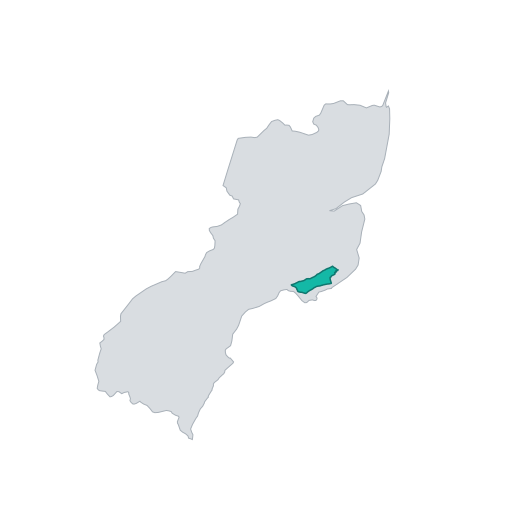 VI-5 Left Bank Upper Canj, East Berbice-Corentyne, Guyana shown in context, rotated 51°
{"feature_id": "73187651B6333666971836", "entity_name": "VI-5 Left Bank Upper Canj", "entity_type": "district", "adm_level": 2, "iso_a3": "GUY", "parent_name": "Guyana", "parent_adm1": "East Berbice-Corentyne", "projection": "equal_earth", "projection_center": [-57.57, 5.44], "detail": "fine", "context": "in_parent", "style": "filled", "palette": "teal", "viewbox_px": 512, "rotation_deg": 51, "n_neighbors": 0, "source": "geoboundaries", "source_scale": "gbopen_adm2", "svg_char_len": 6101}
<svg xmlns="http://www.w3.org/2000/svg" viewBox="0 0 512 512"><g transform="rotate(51 256 256)"><path d="M180.5,237.3L171.6,224.1L162.7,210.7L154.0,197.6L153.4,195.8L157.1,189.6L160.4,185.1L163.1,182.6L164.4,180.3L163.5,170.7L163.5,167.3L162.3,163.5L161.3,159.3L162.5,155.8L163.8,153.3L165.5,152.4L169.6,151.5L172.5,151.2L173.5,149.8L175.2,148.1L177.4,148.1L181.6,149.2L183.6,147.1L187.2,144.2L195.1,139.2L196.9,136.0L198.2,131.0L198.1,128.6L197.3,127.7L195.3,126.9L192.3,126.8L189.8,128.1L187.3,127.4L185.2,124.3L185.1,121.7L186.4,118.1L185.7,115.7L181.7,108.1L181.7,106.1L184.6,102.6L186.3,99.7L188.5,92.8L190.3,90.5L195.9,89.7L197.3,88.2L200.1,84.5L204.3,80.3L210.4,77.0L212.2,70.9L213.2,69.2L218.1,66.0L218.9,64.3L218.8,62.8L211.1,49.2L212.6,50.1L218.6,59.0L221.9,60.9L222.6,61.0L222.7,58.7L225.7,59.6L233.6,65.7L245.1,75.8L261.3,94.8L265.9,102.1L269.0,105.5L273.8,113.8L275.2,117.9L275.0,134.0L270.8,145.0L269.7,153.2L269.5,164.1L267.0,170.4L270.3,167.0L271.3,157.1L274.1,151.1L277.8,144.5L282.6,142.9L287.9,145.8L292.1,146.2L295.8,148.2L303.7,158.7L311.5,167.1L314.3,173.7L322.5,177.1L327.3,182.4L328.9,186.9L329.9,198.9L328.3,216.9L328.7,217.8L326.5,221.4L326.1,223.6L324.7,227.6L323.6,229.8L325.2,234.8L327.0,235.0L327.7,235.6L328.2,236.6L328.1,237.7L327.4,238.6L325.6,239.8L323.9,242.7L324.1,245.9L323.0,247.5L319.6,248.4L313.0,248.4L309.7,248.6L307.1,249.2L305.4,251.2L303.3,252.7L301.5,253.0L300.0,255.4L298.5,258.8L299.0,261.1L300.6,264.2L301.5,267.4L300.3,272.5L299.0,276.5L298.2,279.5L297.2,285.3L294.6,291.7L292.8,295.3L292.8,299.3L293.7,304.9L298.9,313.1L300.6,317.0L302.1,323.3L306.8,328.2L309.7,332.2L309.4,337.5L309.8,339.1L311.7,340.5L313.9,341.5L316.4,341.4L318.6,341.0L319.1,340.2L324.2,340.1L324.8,341.4L325.1,349.0L325.3,352.1L326.5,353.4L327.2,355.2L327.2,356.9L327.5,361.2L328.2,363.4L328.1,368.0L328.6,369.6L330.1,370.8L331.8,374.0L332.5,374.4L332.8,375.6L334.4,380.2L335.1,381.6L335.7,381.8L335.9,383.4L337.0,387.8L337.8,388.8L339.2,392.0L339.8,395.5L341.7,399.4L343.6,402.1L344.4,405.0L346.9,411.3L349.3,415.7L352.5,416.9L355.2,417.5L356.9,419.2L358.6,421.0L356.8,421.9L355.2,423.0L353.0,422.1L349.9,422.6L346.7,423.9L343.7,424.5L338.2,422.5L336.5,422.2L335.3,421.4L333.0,417.4L331.9,417.0L329.0,418.8L325.4,420.1L323.6,419.8L321.6,421.1L319.6,422.9L316.0,430.5L314.1,433.2L312.0,434.5L307.9,434.4L303.6,434.7L300.3,436.5L297.3,437.5L295.8,437.6L295.2,441.8L294.5,443.7L293.6,444.8L291.2,445.2L289.1,445.0L287.8,443.3L285.4,442.4L283.3,441.8L281.9,440.8L280.8,441.0L279.9,442.8L279.1,444.3L278.5,447.0L275.2,447.9L273.8,449.4L274.6,454.6L274.3,456.6L273.6,458.1L269.7,458.4L266.4,458.3L264.5,460.2L262.1,462.4L260.6,462.8L258.9,462.7L256.7,460.1L254.5,457.0L249.0,454.8L243.5,453.0L239.9,448.0L239.0,445.5L237.4,444.4L233.1,438.5L230.7,434.7L228.2,433.7L225.3,432.1L225.4,429.3L225.2,426.7L223.9,425.6L222.2,424.9L221.5,423.4L221.7,419.9L222.0,410.9L221.6,402.3L217.6,399.3L215.9,397.3L213.0,384.6L211.6,378.9L211.5,374.6L212.5,361.9L213.6,356.4L216.7,345.4L218.4,341.7L218.5,338.9L218.3,335.3L217.5,328.3L222.6,323.8L224.8,321.9L225.2,318.9L227.9,315.2L229.1,311.6L230.2,308.8L229.9,307.3L228.7,306.4L227.3,303.7L224.3,296.0L223.2,294.4L222.3,292.2L222.8,288.8L224.0,285.1L223.8,283.5L222.1,281.5L218.4,278.2L215.4,277.9L213.0,276.7L209.5,276.6L206.8,276.2L205.2,275.0L205.5,272.9L206.2,271.3L208.6,267.5L210.1,263.3L210.3,259.2L210.8,253.9L211.5,249.3L211.9,244.0L208.2,240.6L207.0,237.7L205.5,235.2L203.9,235.2L201.4,234.2L197.5,237.5L194.4,236.8L192.3,238.1L187.4,237.8L184.3,236.2L180.5,237.3Z" fill="#d9dde1" stroke="#a8b0b8" stroke-width="1"/><path d="M324.6,214.8L324.4,214.5L324.0,214.4L323.7,214.2L323.3,214.1L322.9,213.9L322.6,213.8L322.2,213.6L321.8,213.5L321.4,213.3L321.0,213.1L320.6,212.9L320.1,212.6L319.7,212.2L319.3,211.9L319.4,211.4L319.4,210.7L319.1,210.3L319.0,209.8L319.0,209.3L319.2,208.9L319.4,208.4L319.3,207.9L319.5,207.3L319.7,206.8L319.7,206.3L319.5,205.7L319.1,205.5L318.7,205.5L318.3,205.2L318.5,204.6L318.8,204.2L318.8,203.6L318.3,203.7L317.9,203.5L318.0,203.0L318.2,202.5L318.4,202.0L318.7,201.5L318.4,201.1L318.1,201.5L317.1,201.6L316.4,201.8L315.9,201.9L315.5,202.0L315.1,202.1L314.7,202.3L314.3,202.4L313.9,202.7L313.5,202.7L313.0,202.8L312.6,202.9L312.2,202.9L312.0,203.5L311.9,204.4L311.7,205.2L311.6,205.8L311.4,206.6L311.2,207.3L310.9,207.9L310.8,208.4L310.6,208.9L310.4,209.6L310.3,210.3L310.3,210.9L310.1,211.6L310.0,212.0L309.9,212.6L309.7,213.0L309.6,213.6L309.6,214.2L309.6,214.8L309.5,215.5L309.5,216.1L309.4,216.8L309.4,217.6L309.3,218.3L309.1,218.8L308.9,219.4L308.7,220.1L308.8,220.5L308.9,221.1L308.9,221.7L308.9,222.1L308.9,222.7L308.8,223.3L308.7,223.9L308.6,224.5L308.4,225.1L308.2,225.8L308.1,226.4L307.9,227.3L307.7,228.1L307.5,228.6L307.2,228.9L306.9,229.2L306.6,229.6L306.3,229.9L306.0,230.4L305.7,230.8L305.5,231.4L305.5,231.9L305.4,232.7L305.3,233.8L305.2,234.3L304.9,235.0L304.6,235.7L304.3,236.3L304.0,237.0L303.7,237.6L303.3,238.1L303.0,238.5L302.8,239.2L302.7,239.7L302.6,240.4L302.4,241.3L302.2,242.0L302.1,242.7L302.0,243.2L301.8,243.7L301.6,244.2L301.4,244.9L301.2,245.4L300.9,245.8L300.8,246.2L300.8,246.7L301.3,246.7L301.7,246.6L302.0,246.6L302.4,246.4L302.8,246.1L303.3,245.8L303.8,245.4L304.3,245.2L304.8,245.0L305.3,244.9L305.8,244.8L306.3,244.8L306.7,244.8L307.1,244.9L307.5,245.2L307.9,245.2L308.4,245.3L308.8,245.4L309.3,245.7L309.8,245.7L310.3,245.6L310.8,245.3L311.2,245.0L311.7,244.6L312.2,244.2L312.9,243.4L313.2,243.1L313.7,242.8L314.2,242.5L314.6,242.3L314.9,242.0L315.2,241.8L315.6,241.6L316.0,241.3L316.4,240.8L316.5,240.3L316.5,239.8L316.5,239.2L316.4,238.6L316.4,238.1L316.5,237.5L316.5,236.9L316.6,236.1L316.7,235.3L316.9,234.7L317.0,234.0L317.1,233.5L317.2,232.7L317.2,231.8L317.2,231.1L317.3,230.5L317.5,229.7L317.6,229.0L317.7,228.3L317.9,227.8L318.3,227.1L318.6,226.5L319.0,225.9L319.3,225.5L319.5,225.1L319.8,224.3L320.0,223.7L320.5,222.7L320.7,222.1L320.9,221.6L321.2,221.1L321.5,220.5L321.8,219.9L322.1,219.3L322.4,218.7L322.7,218.2L323.1,217.6L323.4,217.1L323.7,216.7L324.0,216.1L324.3,215.4L324.5,215.0L324.6,214.8Z" fill="#14b8a6" stroke="#0f766e" stroke-width="1.5"/></g></svg>